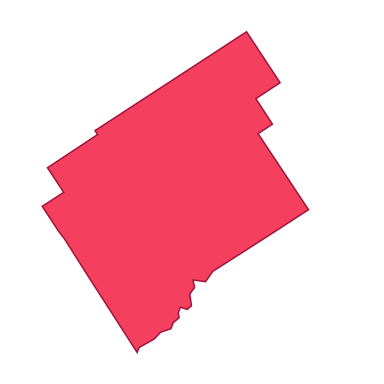 outline of Wheeler, Oregon, United States of America, rotated 237°
{"feature_id": "52423323B81574348817756", "entity_name": "Wheeler", "entity_type": "district", "adm_level": 2, "iso_a3": "USA", "parent_name": "United States of America", "parent_adm1": "Oregon", "projection": "albers", "projection_center": [-120.177, 44.687], "detail": "fine", "context": "isolated", "style": "filled", "palette": "rose", "viewbox_px": 384, "rotation_deg": 237, "n_neighbors": 0, "source": "geoboundaries", "source_scale": "gbopen_adm2", "svg_char_len": 533}
<svg xmlns="http://www.w3.org/2000/svg" viewBox="0 0 384 384"><g transform="rotate(237 192 192)"><path d="M291.1,84.0L261.6,84.2L261.6,58.6L231.9,58.7L222.0,59.5L177.1,59.0L87.3,58.6L90.4,62.9L89.3,80.3L91.5,89.4L88.8,99.8L92.6,105.1L93.6,112.8L98.0,114.5L101.7,119.6L96.1,124.0L96.9,129.6L107.6,134.5L110.5,142.1L117.7,145.0L109.4,154.5L114.1,166.2L113.7,235.3L113.7,280.1L204.9,279.2L205.1,296.4L235.5,296.4L235.7,325.4L296.7,325.0L296.3,144.1L291.6,144.1L291.1,84.0Z" fill="#f43f5e" stroke="#9f1239" stroke-width="1.5"/></g></svg>